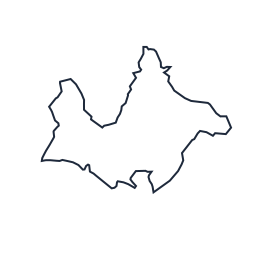 the district of Dakoro, Maradi, Niger, rotated 217°
{"feature_id": "23599985B7432037800977", "entity_name": "Dakoro", "entity_type": "district", "adm_level": 2, "iso_a3": "NER", "parent_name": "Niger", "parent_adm1": "Maradi", "projection": "orthographic", "projection_center": [7.096, 14.397], "detail": "fine", "context": "isolated", "style": "outline", "palette": "slate", "viewbox_px": 256, "rotation_deg": 217, "n_neighbors": 0, "source": "geoboundaries", "source_scale": "gbopen_adm2", "svg_char_len": 1648}
<svg xmlns="http://www.w3.org/2000/svg" viewBox="0 0 256 256"><g transform="rotate(217 128 128)"><path d="M63.3,131.2L64.4,135.4L69.8,140.5L69.5,157.0L68.4,159.0L69.1,165.6L68.7,169.0L62.8,171.9L55.5,172.9L55.3,176.3L46.2,182.0L45.9,190.3L56.5,196.5L61.2,192.9L66.4,192.9L76.7,196.1L79.3,196.1L91.3,189.1L93.9,187.6L100.5,186.1L113.6,185.7L117.6,187.4L123.9,189.4L126.2,194.1L132.6,194.0L131.3,197.4L130.9,202.2L133.8,200.2L135.4,197.3L138.4,196.6L141.4,200.2L145.6,202.5L151.6,205.9L154.5,206.2L157.9,204.3L158.9,203.1L161.8,204.0L164.5,202.0L160.3,196.5L159.4,190.9L159.0,186.8L155.7,183.4L152.6,182.5L152.5,180.4L156.8,175.0L151.8,172.9L151.6,162.4L148.7,160.6L148.5,154.9L147.6,154.1L144.9,146.5L146.0,141.5L144.1,138.2L142.9,134.4L142.6,130.1L141.0,124.9L145.4,118.9L148.4,115.5L148.8,112.9L162.7,112.6L164.0,115.1L174.1,116.1L177.7,120.8L180.0,124.0L185.9,127.5L195.8,131.6L203.3,132.6L210.1,124.1L209.4,123.0L203.0,117.3L202.7,110.1L203.5,108.2L203.8,97.5L200.3,96.1L198.3,95.1L194.6,92.6L190.8,90.1L186.5,89.9L184.7,88.2L185.1,86.2L185.5,81.0L185.2,80.2L181.7,76.5L181.4,75.0L180.4,67.0L179.8,60.6L179.2,56.8L178.4,52.4L177.0,49.8L174.5,52.6L170.4,55.7L165.4,58.8L162.8,60.5L161.2,63.0L155.6,65.6L151.3,67.5L145.3,68.6L139.0,67.6L137.8,68.7L138.6,72.5L137.9,74.7L136.6,74.9L132.2,70.3L131.3,70.4L128.1,70.9L124.4,70.7L104.7,70.0L102.8,72.2L102.3,74.8L104.1,78.0L104.1,79.3L98.9,81.9L94.0,83.3L86.6,84.2L86.7,86.5L92.0,87.5L95.1,88.4L95.8,89.8L95.8,98.3L88.3,104.3L86.0,104.8L82.9,107.3L82.8,102.8L82.1,101.2L78.8,98.7L75.3,97.5L73.0,95.9L68.9,92.0L62.9,111.1L62.1,123.8L63.3,131.2Z" fill="none" stroke="#1e293b" stroke-width="2"/></g></svg>